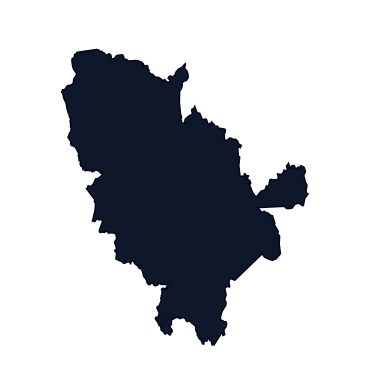 Bafwasende, Orientale, Democratic Republic of the Congo, rotated 172°
{"feature_id": "63176286B50174012793828", "entity_name": "Bafwasende", "entity_type": "district", "adm_level": 2, "iso_a3": "COD", "parent_name": "Democratic Republic of the Congo", "parent_adm1": "Orientale", "projection": "equal_earth", "projection_center": [26.956, 0.799], "detail": "fine", "context": "isolated", "style": "filled", "palette": "ink", "viewbox_px": 384, "rotation_deg": 172, "n_neighbors": 0, "source": "geoboundaries", "source_scale": "gbopen_adm2", "svg_char_len": 6018}
<svg xmlns="http://www.w3.org/2000/svg" viewBox="0 0 384 384"><g transform="rotate(172 192 192)"><path d="M215.9,65.5L215.2,65.4L214.7,64.2L213.0,65.0L212.3,64.0L211.0,63.9L210.9,62.6L207.6,59.2L207.1,58.1L207.5,56.0L207.3,53.8L206.3,51.1L206.7,50.0L206.5,48.8L206.0,48.5L205.4,46.0L203.7,43.9L202.6,40.1L201.5,39.8L200.7,42.8L198.0,42.3L196.6,44.8L195.9,44.6L195.0,42.5L193.8,41.6L193.4,37.7L191.4,37.6L182.9,47.6L181.6,48.2L181.3,45.6L179.7,46.1L179.2,46.7L179.8,48.4L179.4,51.5L177.5,53.3L176.0,56.4L176.5,58.9L178.3,58.8L179.1,60.0L181.0,61.0L181.6,62.7L180.5,66.3L178.7,69.8L174.2,75.3L173.6,78.1L174.4,80.1L174.4,81.6L172.5,85.3L173.0,91.9L170.3,93.7L168.2,92.7L167.8,93.2L168.0,96.9L167.2,100.3L165.3,100.6L161.9,98.7L131.2,121.0L129.2,117.4L124.4,114.2L121.7,113.2L117.9,114.2L113.0,118.6L112.9,128.2L111.4,136.3L112.8,138.3L112.1,141.2L115.0,148.1L114.3,149.7L115.6,157.2L117.6,158.3L118.1,157.8L118.3,158.7L118.7,158.2L118.9,158.7L119.5,160.5L122.2,161.7L123.1,162.8L125.0,162.1L126.3,162.9L128.9,167.4L103.9,165.1L102.1,164.6L101.1,162.9L99.8,162.2L96.4,162.1L94.9,162.3L91.6,165.7L87.9,166.0L84.1,162.9L83.5,163.6L81.1,170.2L77.4,173.8L78.2,173.9L79.2,177.5L78.6,178.1L77.2,182.8L78.3,185.8L79.1,192.9L76.8,196.3L77.4,200.5L79.1,202.2L80.9,202.8L82.6,200.2L83.4,201.8L84.6,201.3L85.1,200.4L85.7,200.6L86.5,201.0L86.8,203.2L87.4,204.1L89.6,204.1L90.5,203.1L90.7,201.8L91.7,202.1L92.4,207.0L94.9,204.5L94.4,201.1L94.9,200.3L97.1,199.3L97.2,200.4L97.8,200.0L98.0,200.5L99.4,197.9L101.4,197.0L104.8,198.0L104.5,193.3L104.9,192.8L108.1,192.4L111.6,193.4L113.2,193.2L115.3,187.4L116.5,187.1L117.4,187.7L119.3,184.0L123.6,183.2L128.6,178.4L130.0,179.1L132.1,183.3L133.5,189.3L134.6,191.6L133.9,192.6L133.2,191.8L132.7,192.4L132.8,193.8L133.4,193.5L133.2,194.3L133.7,194.6L133.3,195.6L135.2,196.3L134.9,197.5L135.9,197.1L136.7,198.2L136.9,197.6L137.5,198.0L137.0,198.9L135.7,198.3L135.1,200.0L133.9,199.7L133.8,200.2L135.7,200.7L136.6,199.8L137.1,200.7L136.7,202.2L137.2,202.9L137.9,202.3L137.7,201.0L138.8,200.4L140.0,200.2L140.3,200.9L141.6,200.6L142.2,201.1L142.0,211.7L139.9,220.0L141.1,221.2L140.6,229.1L140.4,229.9L139.5,230.2L138.0,229.1L136.7,231.3L139.1,233.1L139.8,236.0L141.5,238.2L144.1,238.4L145.2,239.6L146.9,240.2L150.9,238.1L151.9,238.4L152.5,240.7L152.0,244.5L150.5,247.6L150.4,249.0L151.0,249.8L154.8,251.1L155.5,250.5L156.5,250.6L156.6,252.0L157.8,253.7L160.3,254.0L160.6,255.5L162.8,258.7L163.3,257.8L165.2,257.2L165.7,255.6L166.6,257.1L167.6,261.8L168.3,262.5L170.6,262.1L171.7,262.5L173.4,268.9L176.1,269.9L177.3,276.3L178.3,274.7L180.8,273.8L181.0,272.0L180.7,270.0L181.3,268.8L184.5,267.8L188.6,265.0L189.4,262.6L189.1,261.1L192.4,261.8L192.9,266.1L192.2,266.6L191.9,268.8L192.5,269.0L192.1,282.2L190.2,293.5L187.7,296.4L186.6,299.8L186.9,301.2L184.5,302.9L182.1,303.2L180.2,305.3L179.7,306.5L179.7,310.3L180.3,312.8L181.9,315.0L181.9,316.5L180.6,319.5L180.8,320.0L184.9,316.7L188.4,315.5L191.4,312.7L192.2,310.8L195.1,308.4L197.2,310.0L199.2,309.2L199.8,307.7L198.4,306.4L198.2,304.6L198.5,303.6L199.6,303.3L199.6,304.2L200.6,303.8L202.9,306.0L203.2,307.1L203.7,307.2L204.6,305.8L208.7,309.9L210.3,310.4L210.7,309.8L211.8,311.0L213.1,310.8L213.2,312.2L214.7,314.2L216.3,314.6L218.1,317.0L217.5,318.7L218.3,319.4L218.3,322.6L219.1,323.5L222.0,323.4L222.2,325.4L223.5,327.4L228.2,329.9L237.0,330.6L237.7,331.9L240.6,333.2L241.1,336.5L241.8,337.6L246.8,337.7L248.1,337.3L250.1,335.2L252.4,334.8L253.2,335.3L253.3,339.0L255.0,340.5L256.9,339.4L258.3,339.7L259.3,341.6L261.3,342.9L261.8,343.9L263.4,343.9L264.5,345.5L266.6,346.4L286.6,346.3L287.3,345.3L289.2,344.3L289.4,342.7L290.2,341.4L292.1,340.8L292.7,338.5L292.7,332.5L292.0,329.7L289.8,325.5L290.5,323.4L293.4,320.4L294.2,316.9L295.3,315.6L297.5,314.7L300.6,314.6L303.9,311.2L306.0,311.2L307.2,309.1L306.3,307.3L305.9,302.5L304.3,297.5L304.1,291.4L303.4,286.8L302.9,286.1L302.9,283.3L302.0,281.0L302.9,279.1L302.5,278.0L303.0,277.3L302.6,275.8L303.3,273.5L302.7,271.7L303.3,270.1L303.0,269.1L305.1,267.6L305.0,266.7L305.8,266.3L306.0,265.2L307.2,263.7L305.8,260.1L304.4,259.8L305.0,259.1L305.6,256.0L304.4,254.5L302.9,254.6L302.5,253.3L301.4,253.1L300.8,251.1L300.0,250.6L300.1,249.4L299.0,246.4L299.1,244.6L299.6,243.7L299.2,242.9L299.4,238.8L298.7,238.2L298.0,238.7L298.2,236.7L297.4,235.9L298.3,235.0L298.8,235.3L298.5,233.1L296.7,232.1L297.0,230.9L296.7,229.1L295.6,229.4L294.9,228.0L291.2,227.9L290.7,227.2L289.2,227.3L288.0,226.0L287.2,227.3L286.4,226.0L284.8,227.3L281.5,225.9L279.5,223.1L277.8,221.8L282.6,218.7L285.7,218.3L288.2,214.2L290.9,211.6L294.0,212.6L295.3,210.3L296.0,210.0L289.1,197.5L290.1,196.1L289.5,195.7L289.3,193.0L290.8,186.7L294.6,177.1L293.5,177.4L293.1,176.3L292.4,176.3L290.1,178.5L288.7,178.3L287.9,177.2L286.9,178.0L285.7,177.0L285.2,177.3L284.5,175.6L288.7,167.8L289.3,165.6L288.5,164.6L286.7,164.9L284.3,164.1L282.4,165.4L280.1,162.7L278.3,163.1L276.7,162.5L275.9,163.2L274.6,161.6L273.2,162.1L273.1,156.2L275.7,153.1L274.4,146.3L276.3,145.2L276.7,144.4L275.5,142.6L275.2,141.3L276.7,136.3L270.8,132.5L269.9,131.1L267.9,130.9L266.9,131.6L264.4,131.9L262.7,129.6L261.6,131.9L259.4,132.1L259.1,129.9L258.1,128.3L256.2,126.6L254.8,123.7L253.4,123.3L252.9,122.5L252.1,120.3L251.6,115.1L250.3,113.3L249.2,110.4L249.0,108.0L247.9,106.4L246.8,106.1L245.0,107.2L243.2,107.1L242.8,105.1L241.2,104.1L238.8,104.8L237.8,105.8L236.6,105.7L235.1,104.7L232.2,104.4L228.3,102.9L230.1,101.6L229.9,99.8L231.0,100.6L232.4,98.8L232.6,100.1L233.9,100.7L235.1,100.6L235.8,99.6L235.4,98.8L235.9,95.3L236.8,93.7L236.8,92.0L237.4,91.9L237.7,90.9L237.5,89.0L240.3,84.0L242.6,83.0L242.9,82.2L241.3,76.6L242.4,74.6L241.1,72.7L244.8,73.1L246.0,71.7L243.7,67.0L243.4,64.9L241.7,63.1L241.7,59.4L239.3,57.3L239.2,55.7L238.1,54.9L236.5,56.3L234.2,53.7L233.2,53.6L232.6,55.4L231.1,56.3L231.0,58.0L232.7,61.6L232.3,62.5L232.6,63.2L230.8,63.6L230.8,65.6L229.6,68.8L228.1,68.7L227.1,69.7L226.3,69.4L224.1,70.5L223.6,69.5L221.4,68.3L218.4,69.1L217.3,68.4L216.2,67.4L215.9,65.5Z" fill="#0f172a" stroke="#020617" stroke-width="1.5"/></g></svg>